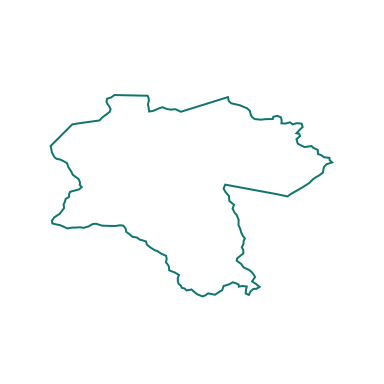 Guapó, Goiás, Brazil, rotated 254°
{"feature_id": "56859067B33322565088724", "entity_name": "Guapó", "entity_type": "district", "adm_level": 2, "iso_a3": "BRA", "parent_name": "Brazil", "parent_adm1": "Goiás", "projection": "equal_earth", "projection_center": [-49.596, -16.918], "detail": "fine", "context": "isolated", "style": "outline", "palette": "teal", "viewbox_px": 384, "rotation_deg": 254, "n_neighbors": 0, "source": "geoboundaries", "source_scale": "gbopen_adm2", "svg_char_len": 2645}
<svg xmlns="http://www.w3.org/2000/svg" viewBox="0 0 384 384"><g transform="rotate(254 192 192)"><path d="M254.2,79.8L249.9,80.0L244.8,81.6L241.5,82.1L238.8,84.1L235.9,86.5L231.9,87.0L229.7,86.0L227.2,87.4L225.7,84.4L225.7,79.7L225.8,74.9L223.7,73.2L221.2,72.6L220.1,68.6L217.6,67.1L215.2,65.1L211.8,64.6L209.5,61.5L207.4,58.6L206.6,55.8L205.4,52.3L202.7,49.3L200.3,49.1L198.6,51.9L196.5,56.0L194.1,59.0L191.4,62.0L190.9,66.6L189.8,70.6L189.0,74.5L187.4,78.1L187.4,82.8L188.6,88.0L187.8,91.2L184.5,96.2L183.0,100.7L181.7,104.8L180.4,109.2L179.9,113.5L178.7,116.6L175.3,118.1L171.9,117.8L168.7,120.2L165.4,122.4L163.4,126.5L160.5,128.8L159.0,131.4L157.0,134.3L154.0,134.0L149.9,136.9L146.5,140.0L144.9,142.2L141.1,145.6L137.8,149.5L134.6,149.2L131.6,147.6L128.5,148.9L126.3,149.2L123.0,148.5L119.2,153.5L115.8,156.6L113.2,154.6L110.2,153.8L107.4,153.8L105.2,155.4L102.7,155.8L101.2,158.4L98.9,159.6L98.4,164.7L95.0,166.9L92.4,168.7L88.8,173.2L88.9,176.1L90.1,179.7L88.6,182.5L86.9,185.8L88.3,190.0L89.3,193.9L92.9,196.5L93.0,202.2L94.0,206.3L92.3,208.9L90.2,211.3L88.1,210.9L87.8,214.6L86.0,218.6L83.0,216.9L79.6,215.6L77.4,218.3L80.3,220.9L81.9,224.3L81.2,227.2L82.2,230.8L86.0,228.1L89.5,225.1L92.9,229.2L95.6,228.5L98.3,227.5L101.4,225.3L105.3,220.8L109.2,219.5L113.7,216.0L115.8,217.2L118.8,224.4L121.8,225.3L125.0,224.6L128.0,227.2L130.7,228.1L132.7,230.0L135.9,228.8L139.7,228.1L143.1,228.2L147.5,227.6L152.5,229.2L157.9,228.5L160.2,227.3L164.9,226.4L168.1,228.9L173.1,225.4L178.0,226.4L182.7,224.2L186.6,223.3L189.9,226.0L166.7,272.6L161.4,282.6L162.7,286.1L166.2,300.1L168.3,307.2L170.8,311.6L172.1,315.3L172.7,318.2L174.5,323.1L179.5,325.6L181.6,328.9L181.8,334.9L184.7,333.1L187.0,333.5L189.0,328.5L191.7,326.5L193.8,323.6L197.7,324.5L201.2,320.6L203.2,319.6L204.2,312.6L206.2,310.2L209.3,307.0L214.0,307.0L215.9,311.3L218.5,311.0L219.7,308.6L222.3,312.9L224.0,316.3L227.6,316.1L229.3,311.5L229.2,307.6L232.0,305.3L232.0,301.0L233.3,296.9L236.5,298.0L239.3,298.0L241.7,295.0L241.9,290.9L239.9,289.7L241.7,283.1L242.5,278.3L244.8,272.4L247.6,270.3L250.1,269.7L253.9,270.0L257.3,268.0L259.4,265.3L262.0,262.2L264.0,258.6L266.5,254.1L269.3,252.4L273.3,252.7L272.2,203.4L276.2,198.9L277.0,194.2L279.1,190.2L281.6,187.1L281.6,183.6L281.0,179.6L280.7,176.6L281.2,173.0L284.5,173.5L288.4,173.8L291.6,175.7L294.1,176.2L296.8,175.8L306.6,144.1L305.2,140.5L305.1,136.1L302.1,134.6L299.7,135.1L297.1,136.0L294.1,136.6L291.6,134.8L290.0,130.6L288.5,126.5L286.3,122.7L289.2,102.3L290.0,95.6L275.2,68.8L272.1,68.6L268.9,68.2L265.8,68.8L263.2,69.5L261.0,71.2L259.8,73.9L257.5,76.6L254.2,79.8Z" fill="none" stroke="#0f766e" stroke-width="2"/></g></svg>